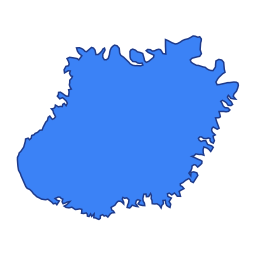 Campina da Lagoa, Paraná, Brazil (Mercator projection), rotated 179°
{"feature_id": "56859067B30898784628481", "entity_name": "Campina da Lagoa", "entity_type": "district", "adm_level": 2, "iso_a3": "BRA", "parent_name": "Brazil", "parent_adm1": "Paraná", "projection": "mercator", "projection_center": [-52.806, -24.618], "detail": "fine", "context": "isolated", "style": "filled", "palette": "blue", "viewbox_px": 256, "rotation_deg": 179, "n_neighbors": 0, "source": "geoboundaries", "source_scale": "gbopen_adm2", "svg_char_len": 5226}
<svg xmlns="http://www.w3.org/2000/svg" viewBox="0 0 256 256"><g transform="rotate(179 128 128)"><path d="M178.1,209.0L177.2,205.8L175.9,203.7L172.9,201.0L176.0,197.0L177.6,198.3L180.0,198.8L182.1,199.2L185.1,199.7L187.8,198.5L186.3,195.5L185.7,193.1L186.4,191.3L189.0,190.7L190.9,187.3L190.5,184.2L186.8,186.3L184.7,186.0L185.5,183.6L184.3,181.1L182.7,180.6L183.5,178.7L185.4,176.8L185.5,174.3L185.9,172.1L185.3,170.3L184.0,167.9L186.7,167.3L186.3,165.2L186.9,160.9L189.0,160.9L190.8,162.0L192.7,163.5L195.0,165.0L196.8,164.8L197.0,162.7L198.1,161.1L195.7,158.3L193.0,159.5L191.4,158.2L189.3,156.1L188.2,153.9L189.5,151.4L191.3,153.7L192.8,152.8L193.3,150.6L195.2,150.8L197.3,150.4L200.2,152.2L200.7,149.9L202.2,148.7L204.3,148.5L202.7,146.6L202.2,144.3L201.0,142.2L200.3,140.4L201.7,138.8L203.5,138.0L204.9,139.7L206.0,141.3L207.6,140.1L208.5,136.9L210.1,135.4L211.4,133.0L212.8,130.3L213.9,127.5L216.3,127.3L218.5,125.2L221.0,124.2L222.1,122.9L224.4,122.2L225.0,119.5L226.7,118.0L228.0,119.6L230.6,118.8L230.9,116.4L232.6,110.7L235.4,106.7L237.2,105.0L237.9,102.7L239.0,100.7L239.1,98.3L238.9,94.2L238.7,91.4L238.2,87.8L236.3,84.0L235.8,82.2L233.9,77.7L231.2,71.2L229.8,69.4L227.2,68.2L225.3,66.3L223.6,63.9L222.0,62.5L220.4,60.9L217.8,59.6L215.7,58.4L211.8,57.7L209.3,58.2L205.5,55.2L204.0,53.5L201.7,54.0L200.5,52.5L197.9,56.3L200.0,56.9L202.2,58.8L199.0,60.2L197.1,60.0L196.0,58.7L194.4,58.0L195.2,55.4L194.2,53.4L191.9,54.2L190.2,55.0L187.4,55.5L188.7,54.1L190.5,52.4L193.2,51.0L191.3,49.7L188.4,49.2L185.5,49.8L182.1,47.4L180.1,47.6L177.7,48.0L175.6,47.4L175.7,45.5L176.0,43.6L173.8,43.3L171.2,43.8L170.2,42.5L170.1,40.6L168.5,40.2L166.9,42.7L165.9,40.2L163.4,42.7L163.8,38.9L161.9,38.6L160.2,37.7L158.7,37.1L157.3,38.2L157.1,40.9L154.9,41.8L153.4,40.4L151.6,40.9L149.7,39.3L147.2,42.4L145.7,43.4L143.1,43.6L144.0,45.2L145.7,46.3L146.3,48.9L142.4,51.1L140.6,53.7L139.0,55.0L136.9,54.9L135.3,53.9L133.6,52.1L133.6,53.9L135.0,57.1L134.3,58.7L132.6,57.8L130.5,58.2L128.3,56.2L128.8,53.0L129.8,50.8L130.3,48.6L127.7,48.0L126.2,49.4L125.2,50.8L121.5,49.5L119.5,49.2L121.8,52.4L120.9,55.3L119.4,56.2L117.0,55.3L119.2,52.0L117.4,50.9L115.1,50.3L112.6,50.1L112.9,52.6L114.1,54.7L114.4,57.1L113.4,61.5L111.2,61.7L110.8,59.0L108.5,59.1L106.6,62.1L105.8,60.2L106.1,57.0L105.3,55.3L105.1,51.9L103.0,51.6L100.3,51.7L97.9,50.1L96.3,47.5L95.6,50.0L93.9,51.7L94.3,54.9L91.9,55.1L91.7,52.4L90.7,49.9L89.1,48.7L87.4,47.8L86.6,51.1L88.2,53.7L85.9,57.2L89.4,58.9L89.7,61.6L87.9,62.2L85.4,60.3L82.7,62.2L81.5,61.0L79.9,58.9L76.7,58.8L77.3,61.2L78.0,63.7L75.9,65.0L73.1,66.4L74.8,68.5L76.6,69.5L76.7,71.3L74.2,72.4L71.3,74.7L68.1,76.4L66.8,75.4L66.1,73.6L63.7,72.3L61.9,75.0L59.0,79.4L60.0,82.0L63.0,83.0L65.8,82.6L66.1,79.1L67.9,81.8L65.6,84.7L64.8,86.8L64.7,88.8L62.7,90.2L61.1,89.9L59.0,87.7L56.3,89.9L54.8,91.4L54.6,93.5L56.0,94.5L58.2,95.4L61.2,96.9L64.7,98.5L62.5,99.1L60.6,100.9L57.3,100.3L55.1,100.3L52.6,99.5L53.2,101.9L53.3,105.1L52.5,107.7L49.6,106.7L47.6,105.4L45.7,103.1L44.3,105.2L43.1,107.2L44.6,108.6L48.7,110.2L50.5,114.0L52.9,114.0L55.2,113.2L57.2,114.8L57.8,116.5L56.4,117.8L54.7,117.8L52.5,116.2L50.1,116.0L47.8,116.6L46.1,116.0L46.2,113.9L45.2,112.4L43.0,111.3L41.8,113.8L42.6,116.0L43.1,118.4L40.9,119.6L43.6,122.2L44.4,124.0L44.2,126.0L42.8,127.5L40.5,126.2L38.8,125.2L36.9,126.2L39.2,132.7L40.3,136.6L36.9,136.7L35.5,137.6L35.8,139.4L36.7,142.9L32.1,142.9L29.7,142.5L27.2,142.9L25.8,144.3L27.7,146.3L30.8,146.7L32.5,148.4L33.6,151.2L34.8,153.0L33.0,154.0L31.0,152.9L29.1,151.4L27.5,149.0L24.7,148.6L23.0,149.7L24.2,152.2L27.0,155.2L28.1,157.2L27.1,158.9L25.8,157.5L24.8,155.9L22.2,155.3L19.8,155.0L22.2,157.9L21.5,160.1L18.9,163.0L17.6,166.1L16.9,168.8L17.3,170.9L18.9,171.9L21.4,172.1L25.8,171.6L27.8,171.6L29.8,171.1L33.8,170.3L35.5,169.9L38.1,169.7L39.3,172.4L37.2,175.9L36.0,177.3L32.4,180.6L30.0,182.0L30.7,185.0L31.2,192.0L33.1,194.3L36.0,195.0L38.9,193.5L39.3,190.3L39.5,187.4L42.0,183.9L44.4,184.1L46.4,184.8L47.9,185.7L49.7,187.3L52.0,187.8L56.4,189.3L58.5,189.5L62.1,191.5L63.7,192.7L64.6,195.0L62.6,196.7L57.3,198.0L55.1,198.4L53.3,201.0L54.5,205.1L53.9,211.9L53.3,213.8L53.1,215.7L54.7,218.0L56.5,217.5L59.2,218.6L61.3,218.9L63.7,217.5L66.3,216.2L69.8,215.4L72.2,214.4L74.2,213.0L77.2,211.5L79.3,211.2L82.6,212.5L86.5,214.7L89.0,215.8L89.1,209.3L88.9,201.3L91.8,201.8L92.8,203.6L94.1,205.7L95.9,206.2L98.1,205.7L100.1,204.7L102.4,204.5L104.2,205.9L107.0,206.2L108.5,205.0L106.5,203.2L103.6,201.8L100.8,200.4L101.2,198.2L106.0,194.4L108.5,193.3L110.3,195.0L110.6,197.0L112.0,202.2L114.2,203.2L117.3,204.0L119.2,205.7L121.9,206.8L123.8,206.0L124.7,204.5L124.7,199.2L124.3,197.0L122.0,194.4L119.2,194.1L117.1,192.8L115.0,192.4L112.8,192.7L112.0,190.8L114.3,189.9L117.3,190.2L119.8,190.2L122.1,190.6L124.7,192.1L126.1,193.8L131.1,198.8L132.5,199.8L133.9,200.7L135.0,203.0L135.4,207.9L137.5,210.4L140.0,211.1L141.5,210.2L143.2,208.6L144.3,206.4L144.9,204.3L145.3,201.6L146.6,197.9L148.5,196.6L150.5,196.7L152.0,199.2L151.9,202.3L150.4,204.7L149.6,206.4L150.1,208.3L151.7,207.4L152.7,205.6L154.7,203.5L156.5,202.0L158.8,202.0L159.6,206.4L161.1,208.5L163.1,209.2L164.5,208.0L168.1,205.0L169.7,205.4L171.2,207.1L172.9,208.2L175.1,209.1L178.1,209.0Z" fill="#3b82f6" stroke="#1e3a8a" stroke-width="1.5"/></g></svg>